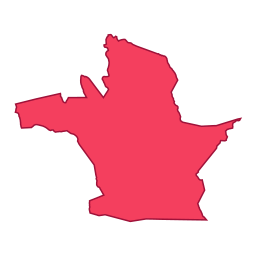 outline of Seabra, Bahia, Brazil
{"feature_id": "56859067B75926333171607", "entity_name": "Seabra", "entity_type": "district", "adm_level": 2, "iso_a3": "BRA", "parent_name": "Brazil", "parent_adm1": "Bahia", "projection": "orthographic", "projection_center": [-41.912, -12.388], "detail": "fine", "context": "isolated", "style": "filled", "palette": "rose", "viewbox_px": 256, "rotation_deg": 0, "n_neighbors": 0, "source": "geoboundaries", "source_scale": "gbopen_adm2", "svg_char_len": 4171}
<svg xmlns="http://www.w3.org/2000/svg" viewBox="0 0 256 256"><path d="M60.4,93.5L36.0,99.0L15.6,104.1L16.1,105.5L16.5,106.8L16.5,107.7L16.0,109.0L15.9,110.3L15.7,111.2L15.4,112.2L17.1,112.7L18.4,113.4L18.9,114.9L19.0,116.2L19.6,117.3L20.0,118.9L20.3,120.1L20.4,121.2L20.6,122.9L20.6,124.3L20.9,125.5L21.1,126.8L21.6,128.0L31.5,127.5L32.5,126.6L33.2,126.1L34.2,125.1L35.7,124.6L37.0,124.6L38.9,125.0L40.0,125.3L41.3,125.6L43.1,126.1L44.8,126.9L46.4,127.8L48.0,129.1L49.0,129.9L50.5,130.5L51.9,130.0L53.3,130.1L54.2,131.4L55.5,132.1L56.9,131.8L58.3,131.7L59.7,131.5L61.1,131.7L61.9,131.6L62.8,131.3L63.9,131.2L65.2,131.0L67.0,130.7L67.9,131.4L69.0,132.1L69.9,132.8L71.0,133.5L72.3,133.8L73.7,134.2L74.6,134.7L75.5,135.5L76.6,136.3L77.1,137.2L77.7,138.2L77.9,139.4L77.6,141.1L79.2,144.3L91.0,160.5L92.6,162.7L94.2,164.9L95.6,173.1L95.8,174.5L96.2,176.1L96.6,177.6L96.2,178.7L96.6,179.8L97.0,180.7L96.7,182.5L96.7,183.6L96.7,184.9L97.3,186.0L98.2,187.0L99.2,187.2L99.8,187.9L100.3,189.1L101.5,191.0L101.9,191.8L103.8,195.1L90.8,200.3L89.6,200.8L89.6,202.0L89.4,202.9L89.5,203.8L89.6,204.8L89.5,205.7L89.8,207.0L89.3,208.9L89.5,210.3L89.9,212.1L90.1,213.0L97.0,215.0L98.1,215.4L99.1,215.6L105.1,214.7L130.3,221.4L146.1,218.9L152.4,219.0L160.7,219.2L185.9,219.6L206.5,219.9L205.1,218.3L204.3,217.2L203.2,216.6L202.6,215.7L202.3,214.8L202.0,213.7L201.4,212.4L200.8,211.0L200.0,209.8L199.4,208.5L199.2,207.6L198.6,206.5L198.5,205.6L198.1,204.7L197.7,203.7L204.6,190.2L202.2,179.9L201.1,180.1L200.0,179.9L199.1,179.2L198.4,178.3L198.0,177.4L197.2,176.4L196.4,175.7L196.1,174.7L196.2,173.8L197.3,173.0L198.4,172.0L198.1,171.1L216.5,148.3L216.8,146.6L217.2,145.5L218.1,144.9L219.0,143.9L219.9,143.1L220.3,141.8L220.6,140.6L221.8,140.6L223.2,140.7L225.0,140.8L226.3,140.2L226.3,139.2L226.8,138.2L227.4,136.8L226.6,135.6L226.1,134.6L226.0,133.6L225.8,132.2L225.6,131.0L226.4,130.4L227.1,129.5L228.4,129.1L229.5,128.7L230.4,128.6L231.3,128.4L232.6,128.1L232.8,126.6L232.6,125.4L232.7,124.4L232.9,123.2L234.0,122.4L235.4,121.6L236.3,120.6L237.6,120.6L238.6,120.7L239.6,120.3L240.1,119.3L240.6,118.5L237.6,119.1L216.2,125.7L214.1,125.7L201.5,126.3L199.0,125.8L197.8,125.5L185.3,122.8L182.3,122.1L181.6,121.3L180.6,120.8L180.3,119.5L180.2,118.2L180.6,116.8L180.2,115.7L179.7,114.4L179.2,113.0L178.5,112.0L177.7,110.8L177.5,109.3L178.0,108.2L177.9,106.8L177.1,105.9L175.9,105.4L174.9,104.4L174.0,102.8L174.4,101.5L173.5,100.1L173.4,98.5L172.6,97.3L172.1,96.1L172.1,94.9L171.8,94.0L171.5,93.1L171.2,92.1L177.7,80.1L177.1,78.8L176.5,77.7L176.1,76.3L175.9,75.2L175.5,74.4L174.9,73.1L174.0,71.9L173.4,71.0L172.6,70.2L171.9,68.9L171.0,68.1L170.1,67.4L169.6,66.3L169.1,65.0L168.5,64.0L167.9,63.1L167.5,62.2L167.3,60.9L167.0,59.7L166.8,58.5L165.9,57.1L164.7,56.1L163.5,56.1L162.7,55.5L161.5,55.6L160.8,54.9L159.6,54.8L158.6,53.8L157.7,53.9L145.7,49.5L137.7,46.6L136.7,46.2L135.5,45.7L134.0,45.0L132.6,44.4L131.5,43.3L130.5,42.9L129.3,42.8L128.1,42.6L127.3,42.0L126.1,40.5L124.9,39.4L123.6,39.4L121.4,39.8L119.9,40.3L118.5,41.0L117.4,39.6L116.8,38.2L116.7,36.8L115.6,36.3L114.5,37.4L113.5,37.7L112.6,36.7L111.8,35.6L111.3,34.9L110.4,34.6L109.3,34.8L108.2,34.9L108.0,36.3L107.2,36.9L106.7,37.9L106.0,39.6L106.2,43.1L106.4,44.0L105.5,44.6L104.0,45.0L104.2,46.3L104.7,47.1L106.2,47.4L107.4,47.9L108.0,49.3L108.3,50.5L107.1,51.2L106.1,52.5L105.8,54.0L106.0,55.2L106.6,56.1L107.3,57.2L108.4,58.7L108.8,60.7L109.1,62.1L109.1,63.1L108.9,65.1L108.3,67.6L107.9,68.5L107.6,69.4L107.5,70.6L108.0,71.7L108.5,73.7L109.0,75.2L108.7,76.2L107.5,76.6L105.5,76.7L104.0,76.5L102.8,77.2L102.3,78.4L102.4,79.6L103.1,80.4L103.8,82.3L104.3,83.1L105.0,84.8L105.4,86.0L106.1,86.9L107.0,87.3L107.8,88.0L108.5,89.3L107.9,90.6L103.4,97.6L97.1,89.3L89.6,79.3L88.6,78.2L87.5,77.4L86.6,76.9L85.6,76.5L84.8,76.8L84.0,76.2L82.6,75.6L81.5,75.4L80.9,76.8L80.9,77.9L80.8,79.1L80.7,80.1L80.8,82.6L81.2,84.5L81.7,85.7L82.1,87.3L82.8,88.8L83.4,89.8L83.4,91.2L84.1,93.2L85.3,95.1L85.8,96.2L86.5,97.5L75.0,97.6L71.3,97.6L68.4,97.6L67.8,98.9L67.3,99.8L66.6,100.7L66.2,101.6L65.7,102.7L64.4,102.6L63.3,101.9L62.6,100.5L62.2,99.4L61.9,98.6L61.5,97.4L60.5,96.4L60.6,95.0L60.4,93.5Z" fill="#f43f5e" stroke="#9f1239" stroke-width="1.5"/></svg>